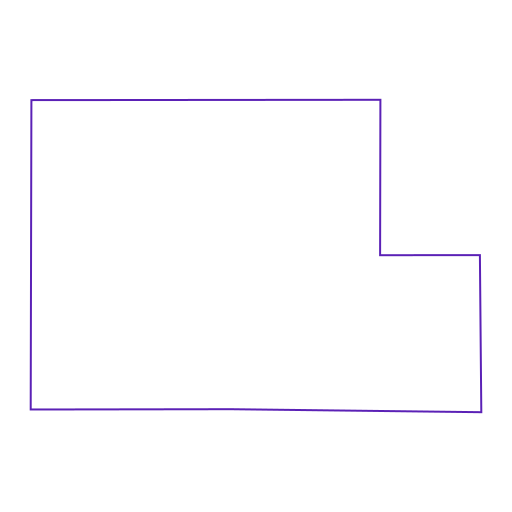 Kimble, Texas, United States of America (Equal Earth projection)
{"feature_id": "52423323B85125570419162", "entity_name": "Kimble", "entity_type": "district", "adm_level": 2, "iso_a3": "USA", "parent_name": "United States of America", "parent_adm1": "Texas", "projection": "equal_earth", "projection_center": [-99.608, 30.499], "detail": "fine", "context": "isolated", "style": "outline", "palette": "violet", "viewbox_px": 512, "rotation_deg": 0, "n_neighbors": 0, "source": "geoboundaries", "source_scale": "gbopen_adm2", "svg_char_len": 220}
<svg xmlns="http://www.w3.org/2000/svg" viewBox="0 0 512 512"><path d="M481.3,412.2L479.9,255.1L380.1,255.2L380.4,99.8L31.4,100.1L30.7,409.5L231.1,409.2L481.3,412.2Z" fill="none" stroke="#5b21b6" stroke-width="2"/></svg>